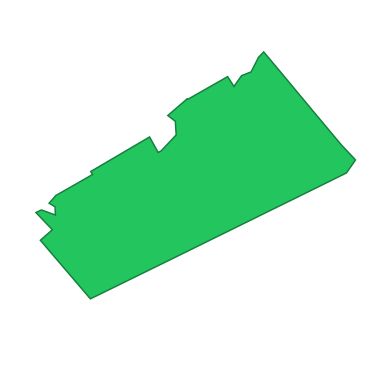 Berkshire, Massachusetts, United States of America (Equal Earth projection), rotated 228°
{"feature_id": "52423323B53838763724441", "entity_name": "Berkshire", "entity_type": "district", "adm_level": 2, "iso_a3": "USA", "parent_name": "United States of America", "parent_adm1": "Massachusetts", "projection": "equal_earth", "projection_center": [-73.138, 42.393], "detail": "fine", "context": "isolated", "style": "filled", "palette": "green", "viewbox_px": 384, "rotation_deg": 228, "n_neighbors": 0, "source": "geoboundaries", "source_scale": "gbopen_adm2", "svg_char_len": 653}
<svg xmlns="http://www.w3.org/2000/svg" viewBox="0 0 384 384"><g transform="rotate(228 192 192)"><path d="M152.7,143.0L142.8,178.1L113.1,283.0L102.8,319.6L106.4,334.9L109.4,334.9L126.8,334.5L171.0,336.1L171.5,336.1L190.7,336.9L191.3,336.9L191.7,336.9L224.4,338.2L248.1,339.0L247.6,331.6L241.7,316.3L245.3,306.7L242.4,293.8L253.9,295.7L263.6,251.3L264.5,250.9L265.0,225.2L255.7,226.9L245.0,218.4L243.2,196.8L244.0,193.3L261.3,197.3L275.0,130.5L271.6,129.9L272.8,123.9L280.5,88.6L279.3,78.3L272.6,80.3L266.3,75.1L279.4,68.1L281.2,62.3L257.4,62.9L257.6,47.0L219.6,46.0L180.6,45.0L152.7,143.0Z" fill="#22c55e" stroke="#15803d" stroke-width="1.5"/></g></svg>